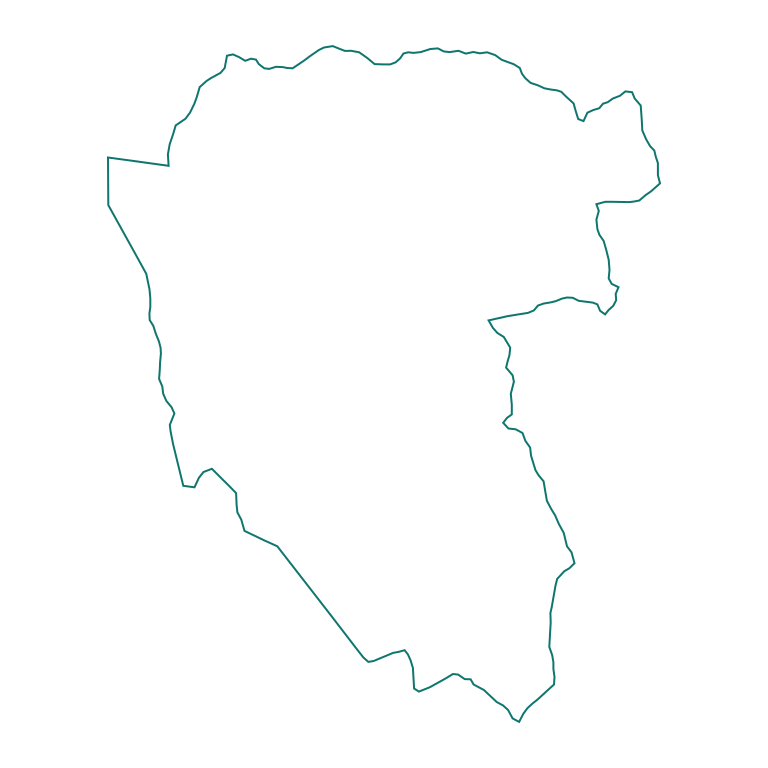 Sucupira do Riachão, Maranhão, Brazil (Natural Earth projection)
{"feature_id": "56859067B5688637877218", "entity_name": "Sucupira do Riachão", "entity_type": "district", "adm_level": 2, "iso_a3": "BRA", "parent_name": "Brazil", "parent_adm1": "Maranhão", "projection": "natural_earth1", "projection_center": [-43.453, -6.435], "detail": "fine", "context": "isolated", "style": "outline", "palette": "teal", "viewbox_px": 768, "rotation_deg": 0, "n_neighbors": 0, "source": "geoboundaries", "source_scale": "gbopen_adm2", "svg_char_len": 3121}
<svg xmlns="http://www.w3.org/2000/svg" viewBox="0 0 768 768"><path d="M596.4,219.6L598.8,210.9L596.4,204.2L605.3,201.8L612.1,201.8L629.3,202.1L634.2,201.5L639.3,200.5L645.6,195.1L650.8,191.5L660.0,183.4L657.9,175.2L657.9,168.7L657.9,163.1L655.8,156.8L654.3,150.5L650.1,146.2L646.2,139.4L642.3,130.5L641.8,120.5L641.3,113.6L640.7,105.5L634.7,98.5L632.1,92.2L625.4,91.4L619.9,95.8L612.9,98.5L607.7,102.2L603.0,103.7L599.3,108.2L593.1,110.1L587.4,112.7L583.5,121.1L578.2,119.0L575.6,110.7L573.6,103.4L566.2,96.7L561.3,91.8L556.7,90.3L550.6,89.5L544.4,88.3L537.9,85.3L530.6,82.9L525.4,78.3L522.0,73.8L519.8,68.0L513.7,64.2L507.9,62.1L501.7,59.8L495.2,55.1L487.1,52.3L479.9,53.3L473.3,52.0L465.8,53.6L458.5,50.8L449.5,52.1L443.7,51.4L437.9,48.4L430.4,49.0L420.7,52.1L413.4,52.9L408.2,52.3L403.5,53.5L400.1,58.4L395.7,62.3L390.2,64.4L383.5,64.4L374.6,64.1L367.4,58.1L359.2,52.3L351.1,50.8L344.9,50.9L339.2,48.7L332.8,46.1L324.0,47.5L318.9,50.0L309.5,56.5L303.8,60.8L292.6,68.3L287.4,68.0L282.6,67.1L276.0,66.8L269.2,68.9L264.3,68.3L258.8,64.1L256.0,59.6L251.0,58.7L245.2,60.8L239.4,57.3L233.0,54.4L227.0,55.7L224.7,68.0L220.5,72.9L210.9,78.1L206.5,81.0L199.7,87.1L196.7,97.3L194.4,103.6L190.0,112.7L185.4,118.8L175.7,125.4L173.1,134.2L169.7,144.2L167.9,154.4L168.6,165.8L108.0,157.5L108.3,205.1L135.1,253.5L142.2,266.4L146.3,273.9L147.8,281.2L149.5,289.4L150.3,298.2L150.3,307.2L149.4,313.5L149.7,320.1L153.3,325.8L155.7,333.4L159.0,341.6L160.6,347.9L160.9,353.7L160.1,362.1L159.8,369.3L159.1,379.0L162.3,386.5L163.2,393.8L166.4,401.0L171.6,407.3L174.4,413.5L171.9,419.7L169.8,424.9L170.6,431.5L173.1,444.2L183.3,485.8L194.5,487.3L198.9,477.8L203.5,472.0L211.9,468.8L216.3,473.2L223.3,480.2L228.8,485.6L236.1,493.1L236.6,505.0L237.4,512.4L241.3,519.7L244.5,530.9L264.5,540.5L277.3,546.3L330.7,615.1L356.2,648.3L363.4,657.5L368.4,661.9L373.6,661.0L393.1,652.9L398.5,651.9L404.6,650.2L407.9,654.4L410.6,660.4L412.9,667.9L414.1,688.5L418.9,691.6L429.9,687.2L445.2,678.7L453.0,674.0L458.2,674.6L464.7,679.1L470.6,679.3L473.6,684.5L483.9,690.0L496.7,702.0L503.0,705.4L508.0,709.9L512.6,718.4L519.1,721.9L523.3,713.8L527.4,708.2L532.4,703.6L537.1,699.9L554.0,684.5L554.5,677.0L553.4,668.9L553.4,662.3L552.2,655.2L549.3,646.9L549.9,636.2L550.7,622.4L550.4,613.0L551.7,607.3L555.5,585.6L557.2,578.9L564.2,571.3L569.3,568.3L574.5,563.2L571.5,552.3L567.0,546.3L563.7,532.8L558.7,523.7L555.2,515.5L551.1,508.8L546.9,500.8L545.2,491.0L543.6,481.3L538.6,475.3L535.5,470.2L531.1,455.9L530.1,447.5L525.4,440.9L522.5,433.0L515.7,429.3L508.4,428.5L503.2,422.8L507.0,417.9L511.8,414.4L511.8,404.6L510.8,393.8L513.9,381.7L512.6,375.3L506.1,367.6L507.4,362.2L509.5,354.9L510.2,347.6L503.8,337.0L497.3,332.9L492.9,327.9L488.6,320.4L507.4,316.2L519.6,314.2L528.0,312.9L533.9,310.4L537.9,305.6L543.4,303.6L551.1,302.3L555.9,301.1L562.0,298.6L567.0,297.5L572.8,297.8L578.7,300.8L592.8,302.6L597.4,304.4L600.1,310.8L605.1,314.4L608.7,309.9L613.2,305.9L616.2,300.2L615.7,293.9L618.5,287.2L611.7,283.9L608.7,278.4L609.5,269.9L608.7,259.8L606.3,250.1L603.7,241.0L599.4,234.8L597.4,229.2L596.4,219.6Z" fill="none" stroke="#0f766e" stroke-width="2"/></svg>